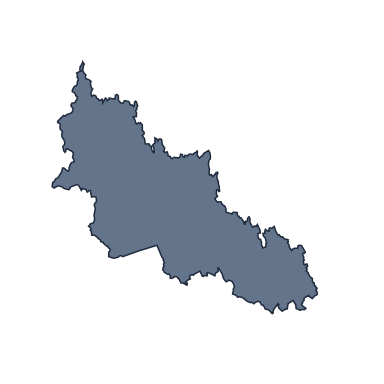 Ballyjamesduff Lea-6, Cavan, Ireland (Mercator projection), rotated 16°
{"feature_id": "5873133B36799193613940", "entity_name": "Ballyjamesduff Lea-6", "entity_type": "district", "adm_level": 2, "iso_a3": "IRL", "parent_name": "Ireland", "parent_adm1": "Cavan", "projection": "mercator", "projection_center": [-7.268, 53.897], "detail": "fine", "context": "isolated", "style": "filled", "palette": "slate", "viewbox_px": 384, "rotation_deg": 16, "n_neighbors": 0, "source": "geoboundaries", "source_scale": "gbopen_adm2", "svg_char_len": 6037}
<svg xmlns="http://www.w3.org/2000/svg" viewBox="0 0 384 384"><g transform="rotate(16 192 192)"><path d="M157.8,262.8L173.0,252.9L181.2,263.1L183.1,264.2L183.0,265.3L184.9,267.4L184.5,269.2L185.7,271.7L185.0,272.3L185.5,275.1L186.8,275.7L187.4,276.8L191.2,277.8L192.3,277.1L194.6,279.0L194.7,280.7L195.9,280.8L198.1,279.1L198.5,277.9L201.5,277.8L202.4,279.0L203.5,279.2L206.5,282.5L208.5,282.0L212.8,283.0L212.7,281.1L210.5,280.6L212.4,277.6L214.4,276.0L213.1,274.6L213.4,272.4L215.4,271.3L216.2,271.7L217.0,270.1L221.4,265.9L225.2,270.1L226.1,270.0L227.9,268.4L229.4,268.6L229.8,267.5L228.6,266.0L228.9,265.5L230.9,265.1L237.1,266.3L236.9,263.7L239.1,261.2L237.8,258.7L238.3,257.6L243.7,262.6L246.0,266.4L249.4,268.9L250.8,268.0L251.3,266.6L254.8,266.8L256.6,268.2L258.0,269.7L258.9,271.9L258.4,273.9L258.9,275.3L259.1,278.9L262.7,279.1L265.0,280.6L266.4,279.7L269.3,279.5L275.3,281.9L278.9,282.2L279.6,281.4L282.3,282.4L283.4,280.6L285.4,279.0L287.4,278.8L289.8,281.3L291.9,281.3L294.7,284.3L298.3,284.2L302.7,286.8L303.4,285.9L302.8,284.2L303.2,281.5L305.5,275.6L306.6,276.4L306.0,277.6L307.5,279.7L311.5,281.7L313.7,279.3L315.8,278.1L315.1,272.8L319.2,268.5L322.8,271.9L324.2,275.3L328.7,275.9L329.3,274.9L332.6,274.0L333.6,272.8L333.4,272.3L330.0,271.2L328.2,269.7L329.0,268.0L328.4,266.8L329.6,265.4L329.0,263.2L331.8,260.0L332.5,260.2L332.8,259.4L333.3,260.1L337.0,261.3L338.8,257.7L340.2,256.7L340.6,255.7L339.7,253.4L338.2,252.6L338.8,250.6L338.6,249.9L337.5,249.8L336.9,248.5L335.3,247.8L334.4,245.7L333.2,245.7L332.1,244.0L331.6,242.0L328.5,240.7L326.4,238.5L326.1,237.6L323.5,236.4L323.9,235.4L323.8,234.2L322.5,233.2L323.7,231.7L322.6,229.6L321.6,229.7L320.7,231.0L319.3,230.7L318.9,229.0L318.1,228.4L317.9,227.5L318.7,226.8L317.5,224.8L317.3,223.6L315.3,221.1L315.7,220.0L317.0,219.9L317.5,218.5L312.1,213.3L309.3,213.8L308.7,214.7L309.4,216.7L305.7,218.0L304.7,218.9L303.9,220.8L300.8,218.2L300.0,216.4L297.8,214.4L298.4,213.2L297.5,212.2L297.7,211.5L295.8,211.3L294.8,212.0L291.3,210.1L289.5,210.6L287.6,209.0L286.4,209.7L283.2,206.4L280.5,202.4L278.8,205.0L276.9,204.9L276.3,205.6L276.3,207.4L276.9,208.4L274.7,208.6L272.9,207.6L272.8,209.8L273.5,211.6L271.6,212.2L272.7,214.5L275.2,216.2L277.6,220.3L277.2,221.1L278.2,224.1L275.7,226.3L273.2,223.3L272.8,221.4L271.0,218.6L269.7,218.9L267.9,217.1L266.8,213.9L267.2,213.2L268.9,212.7L268.2,210.4L263.8,205.2L263.0,207.7L261.6,207.3L260.2,209.0L259.5,208.8L255.7,204.7L255.4,202.2L253.7,200.1L253.2,200.5L252.7,202.7L253.4,204.2L252.4,205.6L251.5,205.4L251.2,206.3L251.9,208.3L251.0,208.4L249.3,205.8L246.1,203.2L244.9,203.7L243.9,202.4L243.0,202.6L242.1,201.8L241.1,199.3L237.6,199.9L236.6,201.0L236.9,201.6L236.6,202.1L230.4,202.0L229.2,198.7L227.4,196.5L224.8,195.8L222.5,193.4L219.0,194.7L216.8,193.1L215.8,191.8L217.6,189.7L217.6,188.7L216.3,188.0L215.2,184.3L215.2,183.0L216.7,183.1L217.7,184.1L218.3,183.8L216.6,179.2L214.9,176.6L214.8,175.3L212.1,171.7L211.2,168.6L211.7,167.4L211.5,166.5L210.8,165.9L209.5,167.2L208.9,169.5L207.6,171.6L205.9,169.8L204.4,170.9L203.3,169.5L202.5,165.4L200.8,162.4L200.0,160.1L199.6,156.7L200.4,155.5L200.2,153.4L198.5,149.6L196.5,147.5L192.7,151.6L192.3,153.3L189.7,157.4L186.9,155.1L185.9,151.2L185.4,151.3L185.3,152.4L183.5,153.9L182.9,155.4L179.0,156.3L178.1,157.4L178.0,158.5L175.2,158.6L175.2,160.8L173.8,160.8L172.4,158.7L170.5,158.8L170.9,160.8L170.0,162.9L165.1,163.6L163.6,165.5L162.1,165.0L161.4,163.8L158.9,163.9L158.6,162.5L157.0,160.2L155.3,161.7L154.4,160.7L153.5,161.0L153.7,157.3L150.3,154.5L148.3,149.9L146.7,149.7L145.3,150.7L145.2,152.5L143.3,150.6L141.4,150.2L142.1,152.1L142.4,154.1L143.1,155.3L141.4,157.1L141.4,157.8L143.6,161.1L144.7,164.4L144.1,164.8L141.4,162.3L140.4,159.2L139.0,159.3L137.5,157.6L133.8,158.6L131.6,153.7L128.6,151.6L129.9,149.6L129.6,147.9L126.7,145.8L126.9,144.8L125.6,141.0L123.2,139.6L122.7,140.5L121.3,140.3L120.8,141.5L119.7,142.0L116.5,137.5L115.1,136.6L114.9,135.8L117.8,134.9L117.1,133.0L117.1,131.5L115.3,129.4L116.2,127.7L115.6,126.5L116.1,124.3L113.5,120.5L112.6,120.3L112.0,121.3L112.6,124.6L112.2,126.0L110.7,124.8L108.5,125.2L107.2,123.1L105.9,122.4L101.9,122.8L101.2,125.6L99.4,126.2L96.1,124.3L94.7,119.9L92.9,118.9L91.8,120.0L92.2,124.0L86.4,124.5L86.8,125.8L85.4,127.6L84.2,126.0L82.9,125.5L81.7,131.0L80.7,128.3L80.0,127.6L77.7,129.7L76.3,128.4L74.6,128.1L72.9,126.1L70.6,126.0L69.4,127.7L67.8,125.6L67.6,123.5L68.1,120.4L67.6,120.5L65.5,117.9L64.4,115.4L64.5,113.5L62.0,112.5L58.7,112.3L57.8,110.9L57.7,108.7L55.5,107.5L53.4,105.2L52.9,100.4L53.2,98.8L51.2,97.2L51.4,97.8L50.8,98.5L50.9,99.8L50.0,101.9L50.3,104.9L50.9,106.2L52.1,106.2L48.3,109.3L49.5,110.8L50.0,113.6L51.1,114.0L52.0,116.0L51.3,117.0L51.9,120.2L51.7,121.6L50.4,122.3L49.5,123.9L48.9,127.0L49.2,128.4L52.0,129.3L53.3,130.4L53.6,131.5L55.5,131.9L55.8,135.1L55.0,136.7L55.3,137.8L53.7,139.2L52.2,139.6L51.8,140.7L51.7,142.3L54.9,145.0L54.9,147.6L54.5,148.7L52.5,150.8L50.6,151.7L49.2,154.0L47.6,153.7L47.1,154.2L43.4,161.1L43.8,162.4L45.8,162.4L46.5,163.2L47.8,167.7L50.9,169.8L50.8,172.2L51.9,175.0L54.4,177.0L56.2,179.7L56.4,181.3L55.3,183.9L57.5,187.9L59.0,188.9L59.5,187.3L59.1,185.9L59.7,184.8L65.6,186.1L67.3,187.3L67.6,191.5L69.8,193.9L70.4,195.3L68.1,196.9L67.4,198.9L67.2,202.4L67.8,205.6L66.7,206.2L62.8,204.4L61.0,204.5L61.1,208.9L59.1,215.4L57.4,216.9L56.4,220.2L55.4,221.2L56.1,225.4L58.4,226.2L61.5,222.9L65.1,222.8L68.4,223.9L73.2,223.7L74.0,220.6L79.7,216.3L81.8,217.4L85.2,221.0L85.5,219.9L85.0,219.2L85.3,218.9L89.3,218.8L91.3,221.0L92.0,220.4L92.3,219.1L93.9,218.7L96.8,224.5L99.6,223.3L101.4,223.6L102.8,227.6L101.8,229.3L101.5,231.2L103.6,234.4L104.2,241.0L106.0,245.3L105.8,248.7L103.0,250.7L103.2,251.0L102.0,253.4L104.4,254.4L104.9,255.6L104.7,256.8L105.9,257.5L107.6,261.2L110.1,260.4L112.9,261.3L114.1,262.4L117.0,263.3L118.0,264.9L120.6,264.9L121.2,265.8L125.1,267.6L126.0,267.3L126.7,268.5L129.0,269.3L129.3,271.2L128.6,272.3L129.7,277.1L134.9,277.3L139.2,274.9L139.4,274.0L141.2,272.6L143.1,273.3L157.8,262.8Z" fill="#64748b" stroke="#1e293b" stroke-width="1.5"/></g></svg>